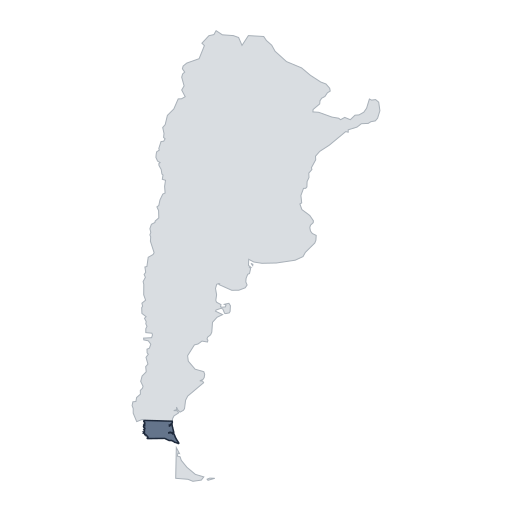 Güer Aike, Santa Cruz, Argentina (highlighted)
{"feature_id": "61730980B56904104065194", "entity_name": "Güer Aike", "entity_type": "district", "adm_level": 2, "iso_a3": "ARG", "parent_name": "Argentina", "parent_adm1": "Santa Cruz", "projection": "albers", "projection_center": [-69.615, -51.54], "detail": "fine", "context": "in_parent", "style": "filled", "palette": "slate", "viewbox_px": 512, "rotation_deg": 0, "n_neighbors": 0, "source": "geoboundaries", "source_scale": "gbopen_adm2", "svg_char_len": 7084}
<svg xmlns="http://www.w3.org/2000/svg" viewBox="0 0 512 512"><path d="M319.7,151.4L315.5,156.2L315.7,159.8L311.4,167.7L311.9,169.5L308.8,173.1L309.0,177.5L307.1,181.5L306.9,186.9L305.7,188.3L303.5,188.4L300.9,195.5L301.7,202.9L299.9,204.0L301.9,209.6L309.8,215.5L313.4,220.8L313.2,222.7L310.5,225.2L309.8,227.6L310.5,231.1L312.3,233.5L316.2,235.4L315.9,240.2L314.8,243.0L305.4,252.3L303.0,256.6L295.2,260.2L276.3,263.0L261.9,263.3L253.8,262.0L248.7,259.3L248.5,265.4L251.0,267.4L249.6,267.4L250.6,268.6L249.5,273.5L247.7,274.3L246.1,278.3L245.8,281.9L247.1,285.0L245.2,287.8L238.9,290.2L231.8,290.3L219.0,284.6L219.6,283.8L218.9,283.5L216.7,284.3L215.5,288.4L216.6,294.8L215.8,300.3L216.5,302.2L221.0,304.6L220.5,306.8L222.1,307.2L225.4,306.9L226.0,305.1L224.3,304.3L228.9,303.3L230.4,305.7L230.1,311.4L229.2,312.9L225.6,313.6L224.6,313.3L222.9,309.2L221.3,308.2L216.1,310.0L215.5,311.2L222.6,314.6L217.0,317.3L212.5,322.3L211.8,332.1L210.6,334.8L207.6,337.2L207.0,339.0L207.9,340.2L207.5,342.0L202.0,341.1L198.0,344.0L194.4,344.9L187.6,355.7L188.3,361.2L195.1,369.2L203.8,371.7L204.7,374.4L204.2,377.5L203.1,379.3L199.8,380.9L202.6,381.0L203.6,382.7L187.7,396.1L185.6,400.2L184.5,408.7L183.3,410.4L180.1,412.1L178.1,410.3L176.5,407.1L176.6,409.6L173.7,410.6L177.1,410.7L178.7,412.8L174.0,415.9L172.6,418.6L172.0,422.6L170.2,424.9L171.6,424.4L172.8,432.1L169.3,432.6L173.6,433.9L178.4,442.8L178.0,443.5L177.8,442.6L165.0,438.5L147.7,438.3L147.8,437.1L143.7,432.5L144.5,429.1L143.8,426.2L144.5,423.6L143.9,420.5L142.3,419.5L136.7,421.6L133.2,413.2L133.2,408.5L132.1,405.6L132.9,401.8L135.9,401.5L136.6,397.5L140.4,394.2L140.3,390.4L142.5,388.2L143.0,386.2L140.7,381.4L142.1,376.0L146.2,371.8L145.7,366.6L147.9,364.1L146.0,357.3L148.3,354.3L147.1,352.8L147.0,349.2L149.4,348.2L150.8,344.2L148.3,340.8L143.8,339.9L143.6,338.1L151.6,337.7L152.5,334.9L151.9,333.2L145.8,332.6L145.8,328.7L147.0,326.3L145.8,323.8L146.2,321.6L144.5,318.3L146.1,316.7L141.9,313.4L141.7,307.7L142.6,306.2L141.9,303.2L145.6,300.2L143.7,294.8L143.8,284.4L143.1,281.6L145.4,277.3L144.1,274.5L145.7,272.3L144.9,267.0L146.9,266.5L148.2,257.3L153.1,254.5L154.1,252.7L150.4,241.2L150.7,236.9L149.9,234.9L150.8,232.4L149.9,228.7L151.4,224.3L154.9,222.5L155.2,221.0L158.8,217.9L158.6,210.6L156.9,206.9L158.8,205.5L160.0,199.9L162.8,194.1L165.1,193.0L164.6,186.4L165.5,180.3L162.3,179.3L163.0,175.0L161.9,174.0L161.2,169.5L159.0,165.5L158.8,163.7L160.1,162.6L157.6,161.1L155.9,157.4L156.2,154.1L156.7,151.8L159.3,150.1L158.8,148.5L161.0,141.6L163.7,141.2L165.1,138.8L163.6,137.5L164.0,133.4L162.7,127.5L165.2,124.6L167.4,115.4L173.8,109.0L178.2,98.9L181.5,98.8L185.2,96.7L181.7,90.0L184.1,85.9L181.7,77.2L182.6,74.0L184.7,72.1L182.4,68.8L183.1,66.1L186.7,63.1L199.1,58.7L204.4,45.6L201.9,43.2L208.9,35.7L213.9,34.6L216.1,30.7L222.3,34.8L233.3,35.6L238.6,37.5L242.0,45.4L248.4,35.6L263.7,36.5L266.4,40.5L271.7,45.2L275.1,51.3L286.5,61.6L301.6,67.9L310.4,75.3L320.7,82.0L326.0,84.0L329.7,88.3L330.2,91.1L327.4,92.8L324.9,96.5L321.7,98.2L320.0,100.7L319.7,103.9L313.1,109.5L312.9,111.9L318.7,112.3L332.0,117.1L338.6,118.2L340.6,119.7L344.7,117.4L350.3,119.7L355.0,115.2L359.0,114.9L363.8,112.2L366.6,108.2L369.4,99.0L371.5,100.1L375.6,99.6L378.7,102.2L379.9,110.7L377.6,118.2L375.3,120.9L370.9,121.7L368.2,123.4L361.4,123.7L357.0,127.1L348.2,129.8L348.2,132.2L345.7,131.6L329.4,145.1L319.7,151.4ZM175.7,478.3L176.3,447.6L179.5,453.6L177.9,453.2L177.4,456.1L180.1,456.8L181.3,460.4L187.0,467.4L195.4,474.4L203.8,476.9L201.3,480.1L192.9,481.3L188.0,479.3L175.7,478.3ZM207.1,479.2L209.8,478.1L214.8,478.3L208.0,480.3L207.1,479.2ZM252.9,264.3L252.7,265.6L251.0,263.4L252.9,264.3Z" fill="#d9dde1" stroke="#a8b0b8" stroke-width="1"/><path d="M158.9,420.8L151.3,420.6L144.2,420.4L144.2,420.8L143.9,421.0L143.8,421.3L143.8,421.5L144.0,421.6L144.3,421.9L144.3,422.0L144.5,422.2L144.5,422.3L144.6,422.5L144.6,422.8L144.6,423.0L144.8,423.1L144.7,423.3L144.8,423.4L144.8,423.5L144.7,423.7L144.7,423.8L144.7,424.0L144.7,424.3L144.7,424.8L144.7,425.4L144.4,425.3L144.2,425.3L144.1,425.2L144.1,425.3L143.9,425.3L143.9,425.2L143.7,425.2L143.8,426.0L143.6,426.1L143.5,426.3L143.5,426.6L143.6,426.8L143.7,427.1L143.8,427.2L143.9,427.3L144.0,427.4L144.0,427.5L144.2,427.8L144.3,427.8L144.5,427.7L144.5,427.9L144.6,428.0L144.9,428.3L144.8,428.5L144.8,428.8L144.6,428.9L144.5,429.0L144.4,429.1L144.5,429.1L144.3,429.2L144.3,429.3L144.2,429.3L144.0,429.5L143.9,429.6L144.0,429.7L144.1,429.8L144.3,429.7L144.4,429.8L144.5,430.0L144.5,430.3L144.5,430.5L144.4,430.6L144.3,430.8L144.3,431.0L144.3,431.3L144.4,431.5L144.2,431.6L144.2,431.8L144.3,432.2L144.1,432.2L143.9,432.1L143.7,432.1L143.8,432.2L143.8,432.3L143.6,432.5L143.5,432.9L143.4,433.1L143.6,433.1L143.8,433.1L144.0,433.2L144.3,433.1L144.5,433.2L144.5,433.5L144.8,433.7L144.8,433.8L144.7,433.9L144.8,434.0L144.8,434.4L144.7,434.5L144.8,434.7L145.0,434.7L145.3,434.7L145.6,434.8L145.9,434.9L146.0,435.0L145.9,435.0L146.0,435.2L146.0,435.3L146.2,435.2L146.3,435.2L146.3,435.3L146.4,435.5L146.5,435.6L146.8,435.8L147.3,436.3L147.5,436.5L147.7,436.9L147.8,436.9L147.9,437.0L147.9,437.3L148.0,437.5L147.9,437.6L147.7,437.7L147.5,437.9L147.2,438.1L147.2,438.3L147.3,438.4L147.4,438.5L147.5,438.5L147.6,438.4L147.8,438.4L147.8,438.5L148.1,438.6L164.7,438.4L169.1,440.5L171.6,440.5L172.6,441.0L173.4,441.3L174.6,442.3L175.7,442.5L176.8,442.8L176.9,443.0L177.4,443.1L178.2,443.2L178.2,443.9L178.1,444.1L178.2,443.9L178.5,443.5L178.7,443.2L178.8,443.1L178.7,443.0L178.2,442.0L176.9,440.1L175.8,438.2L175.4,437.4L175.1,436.7L174.6,435.3L174.0,434.1L173.9,433.9L173.8,433.6L173.7,433.3L173.5,433.1L173.4,433.0L173.2,432.9L173.2,433.0L172.9,433.1L172.6,433.3L172.4,433.4L172.4,433.5L172.3,433.4L172.2,433.4L172.3,433.4L172.2,433.3L171.1,432.9L170.7,432.8L170.5,432.7L170.4,432.6L169.9,432.7L169.4,432.9L169.0,432.9L168.8,432.9L168.8,433.0L168.7,433.1L168.4,433.1L168.2,433.1L168.5,433.0L168.6,432.9L168.8,432.8L168.8,432.7L169.0,432.7L169.3,432.5L169.5,432.4L169.9,432.2L170.3,432.2L170.6,432.2L170.8,432.3L171.1,432.4L171.2,432.6L172.0,432.9L172.4,432.8L172.5,432.7L172.7,432.4L172.8,432.4L173.0,432.3L173.3,432.3L173.5,432.5L173.7,432.3L173.8,432.2L173.7,431.9L173.4,430.7L173.1,429.7L173.1,429.3L172.9,428.9L172.7,427.6L172.6,427.3L172.5,427.0L172.4,426.8L172.3,426.4L172.2,425.6L172.1,425.3L172.1,425.0L172.1,424.8L172.0,424.4L171.9,424.2L171.7,424.1L171.6,424.3L171.3,424.4L171.1,424.6L170.9,424.7L170.8,424.8L170.6,425.0L170.4,425.1L170.1,425.4L170.0,425.5L169.9,425.7L169.8,425.8L169.7,425.9L169.6,426.0L169.4,426.0L169.4,425.9L169.5,425.8L169.5,425.7L169.8,425.6L170.0,425.3L170.1,425.2L170.2,424.8L170.2,424.7L170.3,424.6L170.6,424.3L170.8,424.2L171.1,424.0L171.2,423.9L171.3,423.9L171.4,424.0L171.4,423.9L171.5,423.7L171.9,423.3L172.0,423.2L171.9,423.3L171.9,423.2L172.1,423.1L171.9,423.3L172.0,423.3L172.2,423.1L172.3,422.8L172.3,422.6L172.3,421.7L172.2,421.2L164.9,421.0L158.9,420.8ZM169.8,425.8L169.7,425.7L169.6,425.8L169.5,425.7L169.5,425.8L169.4,425.8L169.4,426.0L169.4,425.9L169.5,426.0L169.6,425.9L169.8,425.8L169.8,425.8Z" fill="#64748b" stroke="#1e293b" stroke-width="1.5"/></svg>